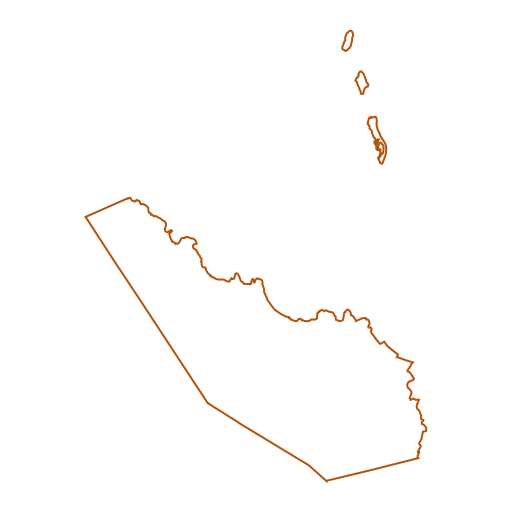 Central Makira, Makira, Solomon Islands
{"feature_id": "97153195B44789937557003", "entity_name": "Central Makira", "entity_type": "district", "adm_level": 2, "iso_a3": "SLB", "parent_name": "Solomon Islands", "parent_adm1": "Makira", "projection": "equal_earth", "projection_center": [161.859, -10.384], "detail": "fine", "context": "isolated", "style": "outline", "palette": "amber", "viewbox_px": 512, "rotation_deg": 0, "n_neighbors": 0, "source": "geoboundaries", "source_scale": "gbopen_adm2", "svg_char_len": 6027}
<svg xmlns="http://www.w3.org/2000/svg" viewBox="0 0 512 512"><path d="M207.7,403.1L238.8,422.7L238.8,422.9L308.8,465.3L326.7,481.3L326.8,480.7L371.7,469.9L418.3,458.1L417.5,457.1L417.6,456.1L418.9,453.1L419.0,452.2L417.8,452.2L417.8,451.7L418.7,450.6L419.0,449.4L420.8,446.4L420.8,446.0L419.2,444.0L419.5,442.4L421.6,438.9L422.9,431.7L426.0,431.1L426.4,428.1L425.1,426.2L423.6,424.7L421.9,423.9L421.8,422.6L421.9,422.0L423.4,420.6L423.3,420.0L421.0,418.8L420.9,418.1L421.3,416.2L420.3,413.3L419.1,410.6L417.1,408.6L416.8,407.8L416.7,405.8L416.9,404.7L418.3,401.6L418.9,399.8L415.4,399.7L413.4,398.5L410.7,399.9L409.7,397.9L411.4,393.7L411.4,392.2L410.7,390.5L407.7,387.5L407.1,384.9L408.0,382.6L409.2,381.6L413.1,380.0L414.0,378.9L411.6,374.9L409.7,372.2L407.5,371.2L407.5,370.4L410.5,366.1L411.6,363.4L412.8,362.4L404.9,359.9L397.4,357.1L396.9,357.2L397.9,354.6L387.5,346.2L384.2,341.7L380.4,343.9L379.4,343.3L378.1,341.6L377.0,340.5L371.1,332.3L371.0,330.9L371.7,329.5L371.5,328.6L370.3,327.3L369.2,327.6L368.4,327.5L368.3,326.4L369.6,323.9L369.4,322.5L369.0,321.1L368.3,319.9L367.9,319.6L366.3,319.5L366.2,318.4L365.9,318.1L362.3,318.2L356.0,321.1L355.6,320.0L353.8,317.1L352.4,315.7L351.0,315.2L350.7,312.7L350.2,311.9L348.9,310.2L348.4,309.7L347.6,309.7L346.4,310.3L345.7,311.2L345.5,312.0L344.8,312.1L344.3,312.7L343.0,319.8L341.7,320.7L339.6,321.2L335.9,319.7L335.7,317.0L335.4,316.5L334.9,316.2L333.6,313.4L332.7,312.7L331.1,312.0L329.0,311.8L326.8,310.5L325.2,310.5L324.3,311.3L323.0,310.3L322.0,309.9L321.2,310.5L320.2,310.7L319.6,311.4L318.8,311.5L318.3,312.8L317.5,313.1L317.2,314.2L317.2,315.5L316.9,316.0L317.1,318.3L316.5,318.9L315.3,319.4L313.8,319.7L311.9,319.3L310.0,320.3L309.7,320.8L308.1,321.2L304.7,321.1L302.6,320.2L301.7,320.3L301.6,319.7L300.5,318.7L299.9,319.1L298.7,319.0L297.3,320.7L296.0,321.1L295.0,321.0L291.5,319.8L290.1,318.6L289.3,317.5L289.2,317.7L289.3,318.3L288.7,318.0L288.6,316.9L286.7,316.8L284.4,315.9L279.8,313.3L275.6,310.3L275.1,310.2L271.5,305.7L267.0,299.2L267.1,298.4L264.9,293.8L264.1,291.8L264.1,289.4L263.3,286.6L262.5,284.8L262.3,280.9L261.6,279.9L260.5,279.3L259.3,279.3L258.9,278.9L257.4,278.7L257.2,278.4L255.9,279.4L255.1,280.8L254.8,282.0L254.2,282.5L253.9,282.0L254.2,281.6L253.8,281.1L253.5,279.6L253.0,279.0L252.5,279.1L252.1,279.4L251.4,281.2L251.3,283.2L250.8,283.9L250.1,284.2L250.1,283.9L249.9,283.8L246.4,284.1L243.5,283.6L243.0,282.5L241.3,281.3L240.5,280.4L240.3,279.3L238.7,275.4L237.8,274.0L236.6,273.3L235.7,273.6L235.3,274.1L234.1,278.6L232.4,279.0L231.6,278.4L231.5,279.2L230.4,279.5L229.5,281.4L228.9,281.7L227.9,281.5L225.5,280.6L224.2,279.6L218.4,279.5L216.2,279.0L214.3,278.1L213.2,277.1L212.9,277.4L212.5,277.3L210.7,276.1L210.3,276.0L210.2,275.6L210.5,275.5L210.5,275.3L210.1,275.3L207.5,272.7L205.7,269.4L205.7,268.3L205.4,267.6L204.7,267.3L203.5,267.5L202.3,266.6L201.6,264.4L201.7,262.3L201.0,261.6L201.5,260.2L201.4,258.6L200.4,257.5L199.5,255.2L198.2,254.2L197.7,252.2L197.1,252.0L196.5,251.1L196.4,250.0L193.6,248.4L193.4,248.1L193.0,246.7L193.1,245.1L193.9,244.4L195.9,244.2L196.7,243.6L196.1,241.8L194.7,239.5L193.5,238.7L191.2,238.4L187.9,237.1L186.1,237.0L185.3,237.3L184.3,238.1L182.3,238.0L181.5,238.3L179.0,242.6L177.8,243.8L177.0,243.8L175.6,243.2L175.3,243.6L175.0,242.9L172.0,241.5L172.2,241.0L171.0,239.3L170.1,237.0L169.3,234.1L170.4,232.2L170.6,232.6L170.9,232.5L171.3,231.7L171.9,231.3L172.0,230.6L171.3,230.3L170.3,230.3L167.7,232.3L165.7,231.5L164.8,229.5L164.8,228.8L165.8,226.2L166.1,224.7L166.0,223.8L165.2,221.9L163.5,220.6L162.1,220.2L161.4,219.2L160.3,218.4L157.3,217.0L156.1,216.1L154.8,216.0L153.8,216.3L152.2,214.7L151.1,214.9L150.3,212.9L149.1,212.7L148.5,211.0L148.2,208.0L147.8,207.1L145.8,205.4L144.0,204.5L142.5,203.9L140.7,204.3L140.5,203.5L140.1,203.1L139.5,201.3L139.1,200.7L137.6,200.7L136.7,199.9L135.4,201.3L135.0,201.4L134.6,201.1L134.4,201.4L133.7,201.3L131.7,200.3L130.2,197.9L129.5,197.9L127.9,198.7L127.7,198.3L85.6,216.9L113.4,259.8L139.8,299.6L207.4,402.6L207.8,402.8L207.7,403.1ZM386.3,149.1L386.1,147.2L385.3,143.9L382.9,139.7L380.7,136.5L379.9,134.0L377.7,129.7L376.5,124.9L376.8,120.0L376.1,117.3L375.6,116.9L374.5,116.8L373.0,117.5L371.0,117.0L370.8,118.0L370.4,118.2L369.7,118.0L369.8,117.0L368.7,118.9L368.2,121.5L367.9,121.8L368.2,122.3L367.7,124.1L368.8,125.1L369.4,126.2L369.6,127.0L369.6,128.5L369.8,129.0L370.5,129.3L371.6,130.7L372.2,133.4L373.7,137.2L374.1,137.7L374.9,138.1L375.8,139.8L377.9,139.6L377.4,140.5L377.2,141.5L378.0,141.2L378.0,140.7L378.4,140.5L377.2,143.0L377.2,143.7L376.4,144.3L376.3,145.3L375.4,143.8L375.4,141.6L375.6,141.4L375.5,141.1L375.6,140.5L376.1,140.3L375.3,140.3L374.3,141.9L374.7,143.6L375.6,144.5L376.2,146.0L376.5,147.6L376.2,148.4L376.4,149.1L376.8,149.2L377.5,150.3L378.6,150.0L378.8,149.3L378.8,148.9L378.1,148.3L378.1,146.4L379.4,143.2L380.0,142.7L380.6,142.5L381.4,142.8L381.8,144.0L382.9,145.1L383.4,146.5L383.6,149.6L382.9,153.3L381.7,154.1L380.5,155.9L380.7,152.7L380.2,151.0L380.5,149.7L380.0,149.4L379.8,150.4L380.3,152.6L380.1,154.4L379.4,155.6L378.7,158.3L378.3,157.5L378.1,157.6L378.4,159.3L379.2,160.3L380.0,162.8L381.5,163.7L382.0,163.7L382.5,163.2L385.4,155.5L385.8,153.6L386.3,149.1ZM368.3,85.0L367.7,83.4L367.1,83.1L366.3,81.9L366.0,79.7L365.4,78.8L364.9,77.7L365.1,77.3L365.0,76.9L363.7,74.2L363.3,73.4L361.2,71.4L360.2,71.5L360.1,71.9L359.0,72.7L358.3,74.4L358.7,74.9L358.7,75.3L358.1,77.0L357.5,77.5L357.2,77.3L356.8,77.6L355.5,80.2L355.6,81.1L356.5,81.4L356.9,82.2L357.4,84.3L358.6,86.6L359.8,89.9L360.5,91.1L360.9,93.4L361.4,94.0L363.3,93.7L363.6,91.4L364.7,88.5L366.1,87.0L367.9,86.5L368.3,85.0ZM353.1,35.0L352.6,32.7L351.7,31.1L351.0,30.7L350.0,30.8L349.2,31.2L346.6,33.5L345.3,37.3L345.2,38.5L345.3,40.4L344.1,42.1L343.6,43.9L342.3,47.2L342.3,48.4L342.7,49.3L343.1,49.7L344.3,49.9L344.9,50.7L345.9,51.0L347.2,50.1L350.3,46.9L350.9,45.3L351.2,43.7L352.1,40.7L352.0,40.0L352.3,37.6L352.6,36.6L353.0,36.1L353.1,35.0ZM377.1,142.3L376.8,142.1L376.5,142.6L376.5,143.6L377.1,142.3Z" fill="none" stroke="#b45309" stroke-width="2"/></svg>